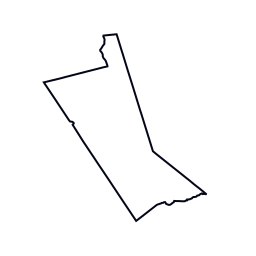 Pastos Bons, Maranhão, Brazil (Equal Earth projection), rotated 285°
{"feature_id": "56859067B22481122312291", "entity_name": "Pastos Bons", "entity_type": "district", "adm_level": 2, "iso_a3": "BRA", "parent_name": "Brazil", "parent_adm1": "Maranhão", "projection": "equal_earth", "projection_center": [-44.164, -6.652], "detail": "fine", "context": "isolated", "style": "outline", "palette": "ink", "viewbox_px": 256, "rotation_deg": 285, "n_neighbors": 0, "source": "geoboundaries", "source_scale": "gbopen_adm2", "svg_char_len": 1540}
<svg xmlns="http://www.w3.org/2000/svg" viewBox="0 0 256 256"><g transform="rotate(285 128 128)"><path d="M84.2,221.1L87.8,213.3L89.3,209.7L90.8,206.2L93.4,200.6L94.8,197.3L110.6,161.1L111.5,159.2L112.0,158.1L145.6,136.9L148.3,135.1L169.2,122.0L183.5,112.9L198.2,103.7L199.9,102.6L201.0,101.9L213.6,94.0L215.6,92.7L212.2,83.7L210.9,80.4L210.0,80.5L209.3,81.0L208.4,81.9L207.3,82.5L204.9,82.9L203.9,83.2L203.0,83.4L202.1,83.0L201.3,82.6L199.8,82.1L199.1,82.0L198.1,81.6L196.9,81.2L196.2,80.9L195.2,81.4L194.4,82.7L193.4,83.8L192.3,84.6L191.4,84.9L190.6,85.1L189.0,86.4L188.4,87.5L187.7,88.4L187.1,89.1L185.1,90.5L183.2,91.8L182.2,92.2L179.6,87.3L177.6,83.8L171.5,72.9L164.3,60.1L163.2,58.2L161.2,54.6L158.8,50.5L150.3,34.9L149.2,36.1L147.8,37.7L147.2,38.4L135.2,52.1L134.3,53.1L128.2,60.0L120.6,68.6L120.0,69.3L119.3,70.4L119.4,71.3L119.6,72.3L119.1,74.0L118.2,74.4L116.8,73.7L103.3,88.3L101.9,89.9L89.7,103.8L87.3,106.5L85.9,108.1L83.9,110.4L83.2,111.2L73.5,122.3L58.3,139.5L40.4,159.9L42.3,161.4L55.1,171.1L61.2,175.7L62.5,177.5L63.5,179.2L64.4,180.0L64.9,181.4L65.7,182.1L66.0,183.1L64.5,184.6L64.3,187.5L64.9,188.7L66.2,189.8L67.4,190.5L68.0,191.4L68.7,191.5L69.5,191.5L69.7,192.4L70.0,193.9L70.3,195.1L70.7,196.5L70.9,197.7L71.3,199.4L71.7,201.0L72.1,202.0L72.9,202.6L73.4,203.8L74.2,203.6L74.6,204.8L75.1,206.0L76.0,207.2L76.7,208.0L77.5,208.3L78.3,209.1L78.6,210.3L79.1,211.3L79.7,212.0L80.6,212.3L81.4,214.0L82.8,214.9L83.9,216.2L83.5,217.3L84.0,218.2L84.2,219.6L84.2,221.1Z" fill="none" stroke="#020617" stroke-width="2"/></g></svg>